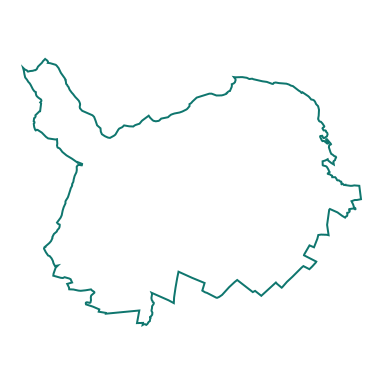 General Berthelot, Hunedoara, Romania (Equal Earth projection)
{"feature_id": "2599482B14034373036308", "entity_name": "General Berthelot", "entity_type": "district", "adm_level": 2, "iso_a3": "ROU", "parent_name": "Romania", "parent_adm1": "Hunedoara", "projection": "equal_earth", "projection_center": [22.874, 45.611], "detail": "fine", "context": "isolated", "style": "outline", "palette": "teal", "viewbox_px": 384, "rotation_deg": 0, "n_neighbors": 0, "source": "geoboundaries", "source_scale": "gbopen_adm2", "svg_char_len": 5807}
<svg xmlns="http://www.w3.org/2000/svg" viewBox="0 0 384 384"><path d="M328.6,235.2L327.1,224.9L329.2,209.8L329.9,209.0L337.5,212.4L342.1,215.8L345.1,217.6L345.9,216.5L346.8,216.2L347.2,215.6L347.4,214.1L347.1,213.1L347.2,212.8L348.5,212.6L349.6,211.6L349.7,210.6L349.1,210.1L349.1,209.7L349.3,209.1L353.1,208.5L354.0,208.7L355.1,209.3L355.4,209.2L355.4,208.4L355.2,208.1L354.0,207.3L353.1,204.4L351.5,201.2L354.8,200.0L356.9,200.0L361.0,199.2L359.3,185.8L354.3,185.4L352.0,185.8L350.2,185.8L345.4,185.1L345.4,184.8L344.0,185.0L342.6,183.7L341.7,184.3L341.5,184.2L341.2,181.7L340.5,181.6L338.8,180.3L337.7,180.4L337.2,180.2L336.9,179.9L336.7,179.2L336.2,178.6L335.9,178.0L335.2,177.2L332.2,177.2L332.1,176.9L332.3,176.4L332.1,175.7L330.5,174.9L329.8,174.3L328.3,174.1L327.8,173.8L327.8,173.4L329.6,172.0L328.8,170.7L328.5,169.7L327.1,167.3L326.6,166.7L325.9,166.2L323.1,165.5L322.7,165.1L322.6,161.3L325.5,160.4L327.7,159.2L328.0,160.2L328.3,160.6L331.3,163.0L333.8,164.5L333.4,161.7L333.8,161.0L335.0,160.1L335.4,158.7L336.1,157.5L336.1,157.2L335.6,156.5L334.4,156.2L332.4,154.5L331.4,154.1L330.5,152.3L328.9,147.4L329.1,145.8L329.6,145.0L330.6,144.6L331.0,144.2L330.6,143.5L326.9,139.2L326.4,139.2L326.1,139.8L326.3,140.3L328.2,142.7L328.3,143.1L327.8,143.5L327.2,143.5L324.0,140.9L322.5,141.1L321.8,140.4L320.1,136.8L320.2,136.2L320.5,136.0L322.2,135.8L323.3,137.9L323.7,138.1L324.2,138.0L326.9,136.4L327.6,134.3L327.2,132.8L326.0,131.7L326.0,131.2L325.8,130.7L325.2,130.4L323.6,130.4L322.6,128.6L322.5,128.3L322.8,127.8L324.1,126.9L324.3,126.3L324.0,125.8L322.4,123.4L320.9,121.8L319.7,121.5L319.1,121.0L318.2,119.2L318.3,118.4L318.2,118.3L318.7,115.7L319.0,109.8L318.1,106.2L316.1,104.1L315.0,101.6L314.0,100.4L312.9,99.8L311.2,99.5L309.4,97.3L308.4,96.3L302.5,92.3L302.0,92.8L301.5,92.9L300.8,92.1L300.7,91.8L298.7,90.6L292.9,86.1L290.9,85.6L288.9,84.5L286.4,83.7L279.0,83.1L275.7,82.5L273.8,82.9L273.2,83.8L272.3,83.9L266.8,81.9L262.5,81.3L253.3,79.2L252.2,78.7L249.3,79.0L246.8,77.8L242.2,77.1L235.3,77.3L233.9,77.1L235.5,79.2L235.6,80.1L234.9,82.3L233.6,83.5L231.8,84.2L231.9,85.2L231.7,86.9L229.9,91.0L229.4,91.0L228.2,91.7L226.7,93.0L226.9,93.2L226.2,93.9L223.2,95.0L221.6,95.4L216.5,95.5L211.7,93.7L209.2,93.7L196.7,97.6L192.4,101.6L191.6,102.6L190.6,103.5L189.5,104.1L189.5,106.2L187.2,108.9L186.4,109.5L182.4,111.5L179.6,112.5L174.4,113.5L172.3,114.2L171.0,114.7L169.2,116.1L168.2,117.1L167.6,117.3L161.2,118.6L159.3,120.5L158.5,120.9L155.8,121.3L153.5,120.8L152.6,120.2L150.1,117.7L148.7,115.7L142.0,120.7L139.5,123.7L136.1,124.8L134.7,125.4L133.3,126.5L129.1,126.3L124.1,125.4L122.2,127.2L119.2,128.6L118.3,129.7L115.4,134.6L114.0,135.7L110.0,137.9L108.0,137.6L104.9,136.2L101.9,134.2L100.8,131.6L100.5,128.3L97.1,125.3L95.5,120.5L94.1,116.9L92.5,115.3L82.2,110.8L80.0,108.4L79.7,106.9L80.1,104.5L80.0,103.6L79.5,102.2L78.9,100.9L77.7,99.5L75.2,96.9L73.0,94.0L71.7,92.6L69.6,89.7L68.5,87.0L67.5,85.8L67.1,84.8L66.4,84.2L66.1,83.6L65.7,80.1L65.4,80.2L64.9,78.5L60.9,72.9L58.6,68.1L56.7,65.7L55.7,64.8L50.2,63.2L47.9,62.9L48.1,62.5L48.0,61.8L47.8,61.3L46.4,59.8L45.5,59.4L45.1,59.0L42.8,61.4L42.1,62.6L38.0,66.6L36.7,69.2L35.5,70.1L35.3,70.0L32.7,70.8L29.8,71.1L28.0,71.6L27.7,71.5L27.1,70.6L24.6,69.3L23.0,67.7L23.8,70.5L24.4,74.1L25.2,77.5L26.9,79.6L28.4,82.0L29.5,83.1L30.5,84.6L32.9,89.3L33.7,90.4L34.4,91.3L35.9,92.2L35.7,93.0L36.3,95.4L36.9,96.3L38.4,97.7L41.0,99.5L41.4,100.4L41.2,101.5L40.2,102.4L41.1,103.5L40.1,111.2L39.6,111.2L35.4,115.3L35.6,116.4L35.4,116.9L34.9,117.7L34.1,118.2L33.7,121.3L34.3,121.7L34.5,122.6L34.3,123.2L33.8,123.5L33.8,124.3L34.2,127.0L35.1,129.7L35.8,130.4L36.7,129.8L37.6,129.9L41.8,132.6L45.9,136.8L48.1,138.4L55.4,139.5L57.0,139.2L57.3,143.8L57.0,145.2L57.4,147.1L57.7,147.6L59.0,148.1L59.9,148.7L61.0,150.1L62.3,151.9L66.5,155.4L72.0,158.7L77.8,162.8L77.9,162.2L82.1,163.9L82.0,164.8L81.8,165.3L80.8,165.2L80.6,164.8L78.3,165.1L77.6,165.4L76.7,166.8L76.8,170.0L76.4,172.3L74.6,176.0L73.7,179.5L73.3,181.9L72.2,183.9L72.1,184.8L72.2,184.7L72.2,185.2L72.0,186.0L70.7,188.4L70.5,189.3L68.4,195.9L67.8,197.5L65.7,200.8L65.4,201.9L65.5,203.3L63.7,207.2L62.7,210.4L61.7,215.3L60.6,217.7L57.0,222.6L58.0,223.8L59.7,224.6L59.7,225.7L59.5,227.1L59.0,228.3L57.5,229.9L56.7,231.6L53.9,234.0L52.3,237.2L52.5,237.9L51.1,241.0L49.4,243.0L44.9,246.9L45.2,247.1L44.3,247.8L44.0,248.3L44.1,248.9L45.9,252.3L48.1,255.5L49.7,256.1L51.6,258.4L52.9,261.0L53.5,263.3L55.0,266.1L57.9,265.5L55.7,267.6L53.6,273.5L53.3,275.7L60.8,277.8L62.9,278.0L64.6,277.2L69.2,278.5L70.6,279.2L72.1,282.5L67.2,283.9L69.0,287.5L69.2,289.3L73.4,289.5L78.5,290.6L80.8,290.8L85.5,290.3L91.0,289.4L91.8,290.3L94.2,291.9L94.4,292.3L94.3,292.8L91.4,295.3L91.0,296.1L90.8,297.8L91.0,300.1L90.5,302.4L89.9,302.8L89.3,302.8L87.5,302.3L86.5,302.3L85.9,302.7L85.8,303.6L86.0,304.4L92.8,306.6L99.3,309.4L98.7,311.7L105.9,312.9L105.8,313.7L139.3,310.5L137.0,323.1L143.0,322.9L142.6,325.0L143.8,324.3L144.6,324.2L145.1,324.2L146.2,324.9L147.3,324.1L148.7,321.9L149.8,321.2L150.2,318.8L150.6,318.1L150.6,317.9L150.0,317.5L150.0,317.0L151.1,316.2L152.2,314.7L152.4,312.6L151.6,311.1L151.5,310.4L152.0,308.1L152.1,306.2L153.6,304.0L153.8,303.2L153.7,302.6L152.7,301.9L152.5,301.0L151.8,300.1L151.4,298.0L152.0,294.6L152.0,293.7L151.6,292.8L168.6,300.3L173.8,303.1L174.1,297.4L175.5,287.8L177.2,278.1L178.5,271.7L192.0,277.8L204.6,283.0L202.3,290.6L205.1,292.3L207.0,292.9L216.3,297.7L217.2,297.8L219.2,296.9L222.1,294.9L229.1,287.2L234.8,281.9L237.2,280.0L252.8,292.1L255.1,290.9L261.3,295.8L275.9,282.5L277.1,283.9L280.6,286.8L281.6,287.7L282.0,287.5L287.0,281.8L292.5,276.7L301.7,267.5L303.4,266.1L309.4,269.2L312.2,266.5L315.9,262.4L316.3,261.6L304.0,255.3L304.2,254.5L309.5,245.4L314.0,247.3L317.4,238.6L318.3,235.0L321.1,234.6L326.9,234.8L328.6,235.2Z" fill="none" stroke="#0f766e" stroke-width="2"/></svg>